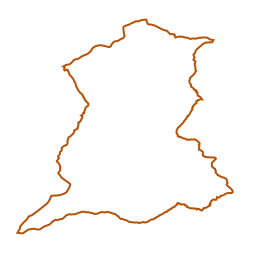 the district of Olmedo, Loja, Ecuador, rotated 92°
{"feature_id": "8360857B52842084274578", "entity_name": "Olmedo", "entity_type": "district", "adm_level": 2, "iso_a3": "ECU", "parent_name": "Ecuador", "parent_adm1": "Loja", "projection": "equal_earth", "projection_center": [-79.604, -3.94], "detail": "fine", "context": "isolated", "style": "outline", "palette": "amber", "viewbox_px": 256, "rotation_deg": 92, "n_neighbors": 0, "source": "geoboundaries", "source_scale": "gbopen_adm2", "svg_char_len": 5747}
<svg xmlns="http://www.w3.org/2000/svg" viewBox="0 0 256 256"><g transform="rotate(92 128 128)"><path d="M188.6,21.2L187.5,21.2L185.7,22.4L184.3,23.9L183.5,25.1L181.5,27.4L180.8,27.4L179.4,26.6L177.3,27.4L176.2,27.5L175.4,28.0L173.9,31.8L173.3,33.9L172.4,35.2L172.0,36.7L171.2,37.1L170.0,38.5L169.1,38.9L167.8,38.7L166.6,39.5L165.8,39.6L164.7,41.5L163.5,42.7L162.5,43.0L159.9,42.9L155.6,39.1L154.5,40.3L154.5,45.6L154.3,49.4L154.0,50.2L153.6,50.5L153.0,52.2L150.9,52.4L150.3,52.2L149.3,52.3L147.7,54.5L147.1,56.4L146.0,56.5L144.7,56.0L143.8,56.3L143.1,56.0L142.2,56.6L141.3,55.9L140.5,56.1L138.0,58.9L137.2,60.2L137.0,60.6L137.3,61.8L137.2,64.5L137.7,66.2L137.4,67.5L137.7,68.6L136.6,70.8L136.4,72.8L135.3,74.5L135.2,75.0L135.4,75.8L135.0,76.0L134.8,77.2L134.4,77.4L134.2,78.0L133.5,78.0L133.0,78.4L132.4,78.3L131.7,79.0L131.3,79.2L129.8,79.4L128.2,79.2L126.1,78.1L125.0,77.1L124.5,76.1L124.0,76.0L120.5,72.8L119.3,72.3L116.0,69.7L114.7,69.5L114.1,68.5L113.6,68.5L113.1,67.7L112.1,66.9L107.9,65.0L107.5,64.2L106.0,64.5L105.6,64.5L105.0,63.9L104.1,64.1L103.2,63.1L102.5,62.9L102.0,62.4L100.9,60.5L100.2,60.4L99.7,60.7L98.7,60.6L98.4,59.4L97.7,59.1L97.4,57.6L96.6,56.5L96.8,55.0L95.0,56.3L93.6,58.5L93.2,59.5L92.4,59.4L91.1,60.1L90.0,59.8L89.5,60.3L89.3,61.4L88.5,61.0L88.0,61.1L87.5,63.2L86.3,63.7L84.5,66.4L83.0,66.4L82.2,66.8L81.1,67.8L79.7,68.3L78.7,68.4L77.8,68.0L76.2,67.8L75.4,67.4L72.6,64.5L70.6,63.0L69.5,62.7L68.5,61.9L67.2,62.7L65.3,62.7L62.6,63.5L61.6,63.5L59.1,62.9L58.8,63.1L58.2,64.4L57.4,65.0L55.1,63.9L53.2,65.0L52.0,65.0L50.8,63.6L49.2,63.3L48.0,62.8L46.6,61.6L41.4,56.0L39.9,53.3L39.4,47.3L38.6,46.3L37.1,45.7L36.6,49.2L35.0,52.0L34.8,52.7L34.9,56.0L35.3,58.6L35.3,60.1L36.0,62.0L36.4,64.3L36.2,66.7L36.8,68.4L36.7,69.3L36.0,71.0L35.2,75.9L34.8,77.3L35.0,79.8L34.8,80.2L34.8,80.6L35.9,83.6L35.0,84.5L33.2,84.5L32.9,84.9L32.9,86.1L32.4,87.1L32.7,88.1L32.8,89.1L30.7,91.3L29.4,92.4L29.3,94.3L28.1,97.6L24.8,104.5L23.9,107.9L23.7,111.2L23.2,111.8L21.4,112.8L19.0,113.6L19.6,118.1L21.2,121.7L21.2,122.3L20.8,123.5L21.9,125.3L23.5,128.8L24.6,130.3L25.4,133.0L26.5,135.2L26.9,135.8L27.7,136.1L29.9,136.0L33.7,135.4L35.5,134.7L36.7,134.9L38.2,135.8L39.0,137.3L39.4,138.3L41.2,141.0L42.0,144.5L42.5,145.2L43.0,145.8L44.1,146.4L45.0,147.4L46.7,147.9L47.4,148.5L47.7,149.5L47.6,151.0L46.7,154.9L46.3,157.7L46.4,160.1L47.4,163.3L49.1,165.8L49.9,166.5L52.7,168.0L55.0,170.5L56.0,172.3L57.3,175.3L58.3,177.1L60.1,179.4L60.6,180.3L61.1,182.5L61.8,184.3L64.6,186.6L66.3,188.6L66.6,189.2L67.1,192.1L68.8,194.8L69.4,193.5L69.9,193.3L70.6,193.8L71.6,193.9L72.5,193.6L72.7,193.3L72.7,192.6L72.0,191.5L71.8,190.9L72.1,190.3L73.4,189.9L74.5,188.9L76.5,188.5L80.3,184.9L82.2,183.8L83.6,183.3L84.6,182.2L88.0,181.3L90.4,179.9L91.3,179.6L94.4,177.1L95.5,175.5L96.9,174.3L97.4,174.4L98.5,173.5L99.1,173.5L99.4,172.8L99.9,172.5L101.0,172.4L101.5,172.1L102.2,170.9L103.3,170.4L104.1,169.2L104.7,168.9L105.0,168.4L106.9,168.5L107.5,169.0L108.2,170.2L109.6,171.3L110.3,171.3L112.8,172.2L114.5,172.3L114.4,173.0L115.1,173.5L116.5,173.8L117.0,174.5L117.2,175.2L118.2,174.1L119.5,174.1L120.6,174.9L121.8,175.1L123.5,176.4L124.2,177.7L124.6,178.0L125.5,177.5L126.0,177.5L128.1,178.1L128.7,178.0L129.8,178.6L130.3,178.3L130.9,178.8L131.1,179.6L132.3,181.7L133.4,181.6L135.5,182.5L138.2,185.2L139.6,187.2L140.7,187.3L142.4,188.0L145.5,187.9L146.3,188.2L147.5,189.5L148.0,190.9L149.4,192.9L150.0,193.4L151.0,193.7L152.1,193.4L152.6,193.5L153.3,193.8L154.0,194.9L154.6,195.1L156.8,195.3L158.7,196.8L159.3,196.9L160.6,196.0L163.6,198.0L164.1,197.8L165.7,196.0L168.4,194.6L169.5,194.3L170.8,194.5L172.7,194.3L175.5,196.1L176.2,195.8L177.2,194.7L180.1,192.5L185.4,184.6L185.9,184.0L186.7,183.8L189.6,184.6L193.9,187.0L194.8,187.8L196.4,190.7L197.4,193.6L197.8,195.9L198.4,201.9L198.5,202.3L203.5,204.2L206.3,206.3L213.3,214.4L217.5,219.6L218.5,221.1L219.9,224.1L220.4,224.6L222.6,225.6L226.5,229.4L229.6,231.9L230.8,232.4L232.3,232.5L236.6,234.8L237.0,230.6L236.7,229.1L232.9,224.0L232.7,223.2L232.7,222.1L232.2,220.8L232.0,218.2L232.6,215.0L232.4,212.4L231.9,211.9L230.7,210.3L228.8,207.3L228.4,205.9L227.2,203.1L224.5,200.4L224.0,200.2L223.4,198.9L222.5,197.8L222.3,197.1L222.5,195.0L221.5,192.8L221.2,190.5L220.8,189.9L217.7,186.9L217.2,186.2L216.2,183.4L216.5,181.6L216.1,180.1L216.1,177.9L214.5,174.5L214.2,173.1L213.8,172.6L213.3,170.8L213.3,168.4L213.8,166.3L213.5,164.9L213.6,164.3L214.1,162.6L214.0,161.9L214.2,161.0L215.0,158.8L214.7,155.5L213.7,153.7L212.9,151.4L213.2,147.8L212.5,146.2L213.0,143.2L213.9,140.5L214.3,138.3L215.0,136.8L215.8,136.1L216.4,134.8L217.5,134.0L219.0,132.2L219.4,129.3L219.8,128.6L220.1,126.8L221.8,123.5L222.3,117.9L222.0,115.6L222.6,113.7L221.9,110.8L221.5,110.1L221.5,108.9L221.9,108.2L221.8,107.8L221.6,107.2L221.5,105.9L220.6,104.4L218.9,102.0L218.6,101.3L218.5,99.9L218.2,99.2L217.9,98.7L217.4,98.5L217.0,97.2L216.0,96.3L215.5,95.0L213.9,93.0L213.1,91.1L210.6,87.6L210.3,87.0L210.2,85.6L208.9,85.1L208.4,84.0L208.0,83.7L207.8,82.7L206.9,82.1L206.6,81.1L205.8,80.5L205.3,79.0L203.7,77.6L203.4,76.7L201.3,75.9L201.3,75.5L202.0,74.5L201.7,73.4L202.2,72.9L202.7,72.1L202.7,71.4L202.3,70.4L202.5,69.4L202.4,68.5L202.7,68.3L203.1,68.4L203.4,68.2L203.5,67.1L203.8,66.5L204.3,66.2L204.8,66.3L205.1,65.2L206.0,63.4L206.0,61.0L206.2,60.1L206.1,58.0L206.4,57.1L206.4,56.3L206.9,56.2L206.3,55.2L206.3,54.5L207.7,52.3L207.9,51.3L206.8,50.7L206.4,49.9L205.3,49.4L205.1,47.6L204.5,46.4L203.5,45.1L203.1,43.6L202.4,43.4L201.6,43.8L201.0,42.8L200.2,43.3L199.4,43.0L198.7,42.4L197.9,42.1L196.4,40.3L196.7,38.6L196.7,37.8L196.5,37.1L196.2,37.0L195.5,37.1L194.6,36.5L194.0,36.6L194.0,36.3L194.4,35.1L194.3,34.5L193.9,33.9L192.8,33.3L191.7,30.2L189.9,27.2L189.4,24.6L189.4,22.4L188.6,21.2Z" fill="none" stroke="#b45309" stroke-width="2"/></g></svg>